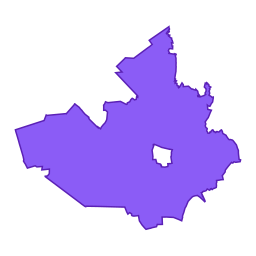 Alojas pag., Alojas, Latvia (orthographic projection)
{"feature_id": "27541924B87659249854231", "entity_name": "Alojas pag.", "entity_type": "district", "adm_level": 2, "iso_a3": "LVA", "parent_name": "Latvia", "parent_adm1": "Alojas", "projection": "orthographic", "projection_center": [24.883, 57.791], "detail": "fine", "context": "isolated", "style": "filled", "palette": "violet", "viewbox_px": 256, "rotation_deg": 0, "n_neighbors": 0, "source": "geoboundaries", "source_scale": "gbopen_adm2", "svg_char_len": 5578}
<svg xmlns="http://www.w3.org/2000/svg" viewBox="0 0 256 256"><path d="M146.0,229.3L148.0,228.8L148.0,228.7L150.7,228.2L152.0,227.7L156.5,226.7L157.3,224.4L158.2,224.5L162.4,224.4L162.1,217.1L166.5,217.0L169.4,217.2L173.5,217.4L178.8,219.5L181.7,220.8L182.6,217.3L182.5,216.6L182.6,215.8L183.0,214.5L183.7,212.7L185.0,208.1L186.0,206.5L188.1,201.4L190.6,198.6L192.4,196.8L193.0,196.5L194.9,195.8L196.8,195.6L197.2,195.4L199.8,197.1L203.4,200.4L204.7,201.7L205.1,201.3L204.8,200.3L202.6,195.5L202.4,195.8L201.7,193.4L201.5,193.0L201.3,192.7L202.6,192.2L202.7,191.8L203.0,191.5L203.5,191.3L204.1,191.3L204.9,191.1L206.0,190.7L206.5,190.2L207.0,189.2L207.3,189.0L209.1,190.0L209.5,190.2L210.1,189.8L210.4,189.0L210.8,188.9L210.9,188.7L211.3,188.6L211.4,188.9L212.0,189.5L212.3,189.5L212.4,189.3L212.5,189.3L212.6,189.1L213.7,188.4L214.5,188.3L216.3,187.4L216.5,185.5L216.3,183.5L216.8,182.0L216.5,180.5L220.1,180.0L220.5,179.8L223.2,179.6L222.3,175.7L225.1,172.0L225.3,170.3L225.4,170.0L228.4,166.1L231.0,163.0L231.6,162.4L232.3,163.0L233.0,162.9L234.0,161.8L235.6,162.3L240.1,161.7L240.6,159.9L239.1,159.3L238.6,155.1L238.4,152.7L238.4,150.4L237.7,148.8L237.2,147.6L237.2,147.3L236.4,144.9L233.4,141.0L232.5,140.1L230.2,139.5L229.5,139.6L229.3,139.7L229.1,139.6L228.9,139.4L228.6,139.2L228.4,139.0L226.3,135.9L226.2,135.4L225.2,134.8L223.8,134.0L223.2,133.8L222.5,132.6L222.5,132.0L222.3,131.3L222.2,131.0L221.7,130.5L221.5,129.9L221.2,129.9L220.6,130.5L219.7,131.1L219.5,131.6L219.2,131.8L218.2,132.0L217.0,131.5L216.8,131.5L216.3,131.9L215.8,132.5L215.3,132.6L214.7,131.6L213.6,131.6L213.2,130.2L212.9,129.9L212.3,129.9L211.2,131.0L210.9,132.0L210.6,132.1L210.1,131.9L209.8,132.1L209.9,132.7L209.6,133.1L208.5,133.2L207.7,133.0L207.6,132.2L206.8,131.1L206.7,130.4L207.2,129.0L207.2,128.6L207.1,128.4L205.9,127.5L205.5,126.6L205.4,126.2L205.3,125.3L205.7,124.6L205.7,124.3L205.8,123.8L205.7,123.4L205.4,122.9L205.2,121.9L207.5,118.5L208.2,117.7L210.3,112.5L211.4,110.2L207.8,109.4L207.4,105.2L208.2,105.9L209.9,106.3L210.5,105.3L211.2,103.8L212.6,102.0L213.3,97.7L213.2,97.0L212.3,97.3L212.0,97.3L211.0,96.4L209.9,95.7L209.0,95.1L209.7,93.5L209.5,91.9L209.1,91.3L209.4,90.4L209.9,89.3L209.5,88.6L210.8,87.1L209.0,86.1L208.8,84.6L207.6,83.6L207.5,83.2L207.2,83.0L206.7,82.7L206.6,83.9L205.3,83.1L204.9,84.7L204.3,87.0L206.0,88.8L206.1,91.2L205.1,92.9L205.1,93.4L205.7,94.4L204.1,95.4L204.1,95.5L200.1,96.9L197.8,96.5L197.7,95.5L199.6,95.6L198.2,93.6L197.7,91.2L195.8,89.2L195.6,90.1L194.0,89.7L192.6,89.0L192.2,89.2L191.4,88.9L188.5,86.2L183.3,86.6L183.3,84.7L182.0,82.9L179.4,87.3L178.9,87.6L178.6,87.8L178.4,87.6L178.4,87.3L178.6,86.4L178.6,86.2L178.3,85.9L177.2,85.7L176.9,84.4L177.0,84.0L177.0,83.5L176.8,83.3L176.0,83.0L175.6,83.0L175.1,83.3L175.0,82.9L175.3,81.9L175.6,81.7L176.5,80.9L175.8,80.5L175.6,80.4L174.7,80.7L175.5,79.0L175.3,78.8L174.9,78.8L174.7,78.8L174.7,78.7L175.7,72.5L175.9,71.7L176.1,66.6L176.0,65.4L176.1,62.4L176.0,62.0L176.0,58.2L175.3,55.6L175.6,55.4L176.1,54.7L176.1,54.3L175.9,54.0L175.4,53.9L175.2,54.3L174.4,53.8L174.3,54.2L169.0,53.4L169.4,52.5L169.1,52.2L168.7,51.5L168.4,50.9L168.4,50.5L168.7,50.2L168.8,49.4L169.5,48.8L169.6,48.7L170.4,48.6L171.2,48.8L171.8,48.8L172.6,48.9L172.7,46.3L172.2,46.5L171.5,42.7L172.9,42.9L172.2,40.4L171.8,39.7L171.7,39.6L171.7,39.3L171.6,39.1L171.5,38.7L171.7,38.2L170.4,37.5L169.2,36.5L169.2,36.3L169.8,35.3L169.8,35.1L169.1,35.1L169.0,35.3L168.9,35.7L168.6,36.0L168.3,35.7L168.4,34.9L168.3,34.5L168.2,34.2L167.5,33.7L167.2,33.3L166.7,33.8L166.5,33.7L166.4,33.5L166.4,33.2L167.0,32.6L167.4,31.8L167.7,31.4L168.0,31.6L168.4,32.2L168.5,32.3L168.8,32.2L169.2,31.8L169.3,31.4L168.9,30.8L168.8,30.5L168.6,30.0L168.6,29.9L169.2,29.8L169.4,29.6L169.4,29.3L169.4,28.6L169.2,28.2L168.9,27.5L168.9,26.7L149.2,40.3L152.2,44.4L149.9,46.4L148.1,47.6L138.0,55.1L133.7,58.3L125.4,57.8L124.8,58.4L124.7,58.6L116.6,66.4L122.0,72.0L115.7,72.7L131.9,89.8L137.8,96.0L137.7,97.3L136.6,96.7L136.2,99.4L134.5,99.9L133.0,98.7L132.2,98.3L130.8,99.7L129.8,101.7L127.3,102.9L127.1,104.1L126.3,104.4L120.4,101.4L108.5,102.6L107.7,102.6L105.5,101.8L104.7,103.8L103.6,105.2L103.7,105.4L103.7,110.3L105.5,110.2L107.5,112.0L106.9,118.1L106.8,119.2L106.3,120.6L105.1,122.8L103.2,124.8L101.3,127.2L100.6,128.8L97.9,126.9L97.9,127.6L97.0,126.8L89.6,119.5L89.0,118.6L88.5,117.5L88.8,117.2L85.0,114.2L83.0,111.9L81.8,110.3L80.4,108.9L79.3,107.4L75.0,104.1L74.9,103.9L74.7,103.9L74.7,104.0L73.9,105.1L66.3,113.7L66.2,113.6L63.1,113.9L46.9,115.4L46.6,115.3L46.2,115.0L44.1,120.5L15.4,129.8L15.8,131.5L16.7,134.4L18.5,140.5L19.5,144.2L20.2,146.5L23.1,156.4L23.6,158.7L23.8,159.5L23.5,161.1L24.6,163.0L25.1,163.6L27.4,168.1L35.2,165.8L36.2,166.5L36.9,166.9L42.4,166.5L41.8,169.9L49.4,169.1L49.3,173.6L48.3,175.0L47.3,176.0L45.2,176.2L45.2,176.6L81.0,203.5L81.3,203.8L84.9,206.4L85.1,206.4L85.8,206.7L86.1,206.2L97.6,206.4L120.4,207.0L124.8,207.1L126.7,211.9L127.9,214.1L129.7,212.6L131.6,213.9L131.6,215.2L132.2,215.8L133.9,216.1L138.5,215.6L139.4,220.9L142.0,224.9L144.6,227.9L146.0,229.3ZM161.6,147.4L163.9,147.9L164.1,148.0L169.7,149.3L169.7,149.2L172.3,149.7L171.9,150.7L171.9,150.9L171.4,152.1L171.4,153.0L171.4,153.4L171.5,153.5L171.2,156.6L170.9,156.8L171.6,161.4L172.0,163.2L170.4,163.6L167.8,163.7L168.0,165.0L167.8,166.5L164.7,167.2L164.3,167.1L164.1,167.0L163.3,167.0L161.4,166.8L161.4,165.5L161.3,165.2L160.9,165.3L160.5,164.1L156.8,163.2L155.8,159.5L152.7,159.6L152.9,156.3L152.7,156.0L152.8,155.6L152.1,150.2L153.8,145.5L153.3,145.3L153.3,144.5L154.3,144.3L159.5,146.4L161.6,147.4Z" fill="#8b5cf6" stroke="#5b21b6" stroke-width="1.5"/></svg>